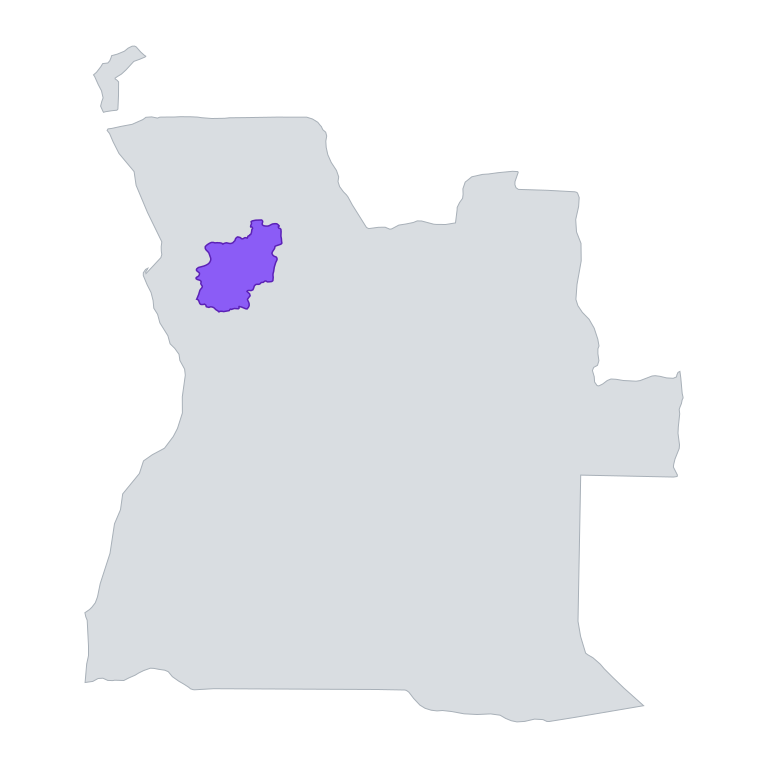 Cuanza Norte on a map of Angola (Albers equal-area conic projection)
{"feature_id": "AGO-1878", "entity_name": "Cuanza Norte", "entity_type": "Province", "adm_level": 1, "iso_a3": "AGO", "parent_name": "Angola", "parent_adm1": "", "projection": "albers", "projection_center": [14.948, -8.858], "detail": "fine", "context": "in_parent", "style": "filled", "palette": "violet", "viewbox_px": 768, "rotation_deg": 0, "n_neighbors": 0, "source": "natural_earth", "source_scale": "10m", "svg_char_len": 7392}
<svg xmlns="http://www.w3.org/2000/svg" viewBox="0 0 768 768"><path d="M679.9,371.4L680.8,378.0L681.6,387.0L682.2,393.6L682.9,396.5L683.1,398.0L682.2,399.7L681.4,403.6L680.0,407.0L679.2,409.4L679.7,413.9L678.3,426.9L678.0,433.3L679.5,444.9L679.2,448.5L675.0,459.0L673.7,464.3L673.4,467.1L677.4,475.0L677.1,476.5L673.9,477.0L671.3,477.0L580.7,475.1L578.2,609.9L578.0,621.3L580.6,636.5L585.6,653.1L587.7,654.7L593.0,657.8L600.3,664.2L604.3,668.9L612.6,677.2L623.6,687.8L643.6,705.7L575.3,717.3L549.1,721.5L546.8,721.4L543.0,719.6L534.6,719.1L524.7,721.4L516.9,721.9L511.2,720.7L505.6,718.4L500.1,715.2L490.6,713.9L477.1,714.5L464.0,713.8L451.5,711.5L442.5,710.5L437.0,710.9L431.2,710.2L425.1,708.3L419.9,705.1L413.7,698.5L408.9,692.2L407.7,691.3L406.1,690.3L404.6,690.0L377.7,689.5L213.4,688.7L194.4,689.8L192.9,689.6L190.5,688.8L188.9,687.4L183.5,683.9L178.8,681.2L172.4,676.7L168.3,671.7L164.8,670.2L158.7,669.3L154.0,668.4L150.3,668.2L143.6,670.6L138.7,673.0L135.1,675.2L128.9,677.9L123.8,680.5L114.7,680.2L112.7,680.6L107.7,680.4L102.9,678.2L98.1,678.5L92.8,681.4L85.1,682.5L86.7,663.9L88.5,655.7L88.5,645.8L87.2,620.3L85.8,616.8L84.9,612.7L89.6,609.5L92.0,607.1L95.3,602.8L97.5,596.9L100.2,583.7L110.0,553.4L114.5,523.8L120.5,509.7L122.7,493.9L139.4,473.5L143.5,460.9L152.2,454.8L164.5,448.2L173.3,436.5L177.5,428.4L182.4,413.0L182.3,396.8L185.3,375.2L184.6,369.1L179.9,360.5L179.0,354.3L174.7,348.3L170.1,343.8L167.9,335.7L159.9,322.9L157.6,314.3L153.8,308.2L153.1,300.6L151.1,292.6L147.1,284.7L143.3,275.6L143.3,272.8L145.6,269.4L147.9,268.2L147.1,269.9L145.6,272.0L146.0,273.6L160.9,257.6L161.8,254.5L161.3,251.0L161.2,246.7L161.8,241.8L147.5,212.5L136.1,185.3L134.1,171.6L119.0,153.5L113.1,141.8L109.6,133.6L107.1,130.4L108.0,128.9L111.9,128.4L120.5,126.5L132.2,124.3L143.0,119.5L145.9,117.3L151.7,116.9L157.5,118.1L159.7,117.2L160.9,117.1L174.7,117.0L180.4,116.7L191.0,116.8L197.7,117.1L201.5,117.7L211.8,118.5L224.7,118.3L229.2,117.8L246.0,117.6L277.6,117.1L294.2,117.2L306.8,117.2L312.5,119.0L317.8,122.3L320.1,125.2L321.3,126.5L322.8,129.7L325.7,132.2L326.7,136.0L325.8,141.2L326.2,147.4L327.8,154.7L331.2,162.4L336.5,170.5L338.7,176.9L338.0,181.6L339.6,186.6L343.5,191.9L346.3,194.7L347.9,196.8L352.3,204.9L366.5,227.5L368.7,228.6L371.8,228.2L378.5,227.3L385.1,227.2L389.8,229.2L391.7,228.9L398.8,225.1L405.9,224.0L413.3,222.5L417.2,220.9L421.6,221.0L433.7,224.2L435.9,224.4L445.7,224.5L455.5,222.9L457.1,209.9L457.2,207.4L459.6,202.5L462.6,198.3L463.1,194.3L462.9,188.8L465.2,182.1L471.8,176.8L482.5,174.4L488.5,174.0L498.0,172.7L512.5,171.3L517.8,171.6L518.2,172.4L515.0,181.6L514.9,184.7L516.0,187.7L518.4,189.4L547.2,190.3L574.8,191.8L576.3,192.2L577.5,193.0L579.2,197.6L578.6,206.6L575.7,219.6L576.5,231.9L581.0,243.4L581.2,260.9L577.0,284.5L575.9,299.4L577.9,305.7L582.3,312.3L589.1,319.3L594.2,328.2L597.8,339.2L599.0,346.0L597.9,348.8L597.9,353.7L598.9,360.7L597.5,365.3L593.7,367.4L592.4,370.5L594.2,376.6L594.6,382.0L597.1,385.6L598.8,385.9L602.7,384.0L607.3,380.5L611.0,379.0L616.1,379.3L623.3,380.5L636.1,381.2L640.1,380.6L652.1,376.0L655.2,375.7L659.9,376.3L666.5,377.9L673.2,378.3L676.5,376.9L676.9,374.9L678.0,372.4L679.9,371.4ZM145.8,56.2L145.1,57.0L139.6,59.3L133.8,61.4L126.1,69.8L122.2,73.4L121.1,74.3L117.6,76.4L115.1,78.1L115.2,79.0L116.9,80.1L118.6,81.9L118.5,95.6L117.9,109.1L116.9,110.2L112.0,110.7L105.6,111.7L103.5,112.3L102.8,111.0L100.6,106.1L101.8,101.4L103.1,97.9L101.5,90.8L98.2,84.5L94.6,76.4L93.5,74.9L96.5,72.3L100.9,66.6L102.7,63.6L107.8,63.0L109.7,60.9L111.1,57.6L111.6,55.7L117.4,54.1L124.4,51.2L128.2,48.1L132.1,46.2L134.6,46.1L136.2,46.9L140.8,52.1L144.6,55.5L145.8,56.2Z" fill="#d9dde1" stroke="#a8b0b8" stroke-width="1"/><path d="M261.7,220.0L262.7,221.2L262.6,222.3L262.2,223.4L262.3,224.7L263.4,225.6L265.0,226.0L266.8,226.1L268.2,226.0L269.3,225.6L271.4,224.5L272.4,224.0L274.6,223.7L275.9,223.7L276.9,223.8L277.1,224.0L278.3,224.9L279.0,225.7L279.2,225.9L279.2,226.1L278.4,226.5L278.4,227.4L278.9,228.2L279.9,228.4L280.9,229.3L281.1,231.7L281.0,233.8L280.9,236.1L281.4,238.7L281.6,241.5L281.8,242.3L281.8,243.3L280.9,244.2L275.9,245.9L275.0,246.4L274.8,247.1L274.8,247.8L274.4,248.8L272.6,251.5L271.9,253.2L272.3,254.2L273.0,255.4L274.1,256.2L276.3,257.1L276.9,258.1L277.1,259.1L276.8,260.3L275.7,262.5L274.3,267.1L273.6,271.7L273.1,273.4L273.0,274.3L273.0,275.7L273.2,277.3L272.9,280.6L272.4,281.1L272.1,281.3L271.4,281.6L269.4,281.8L267.5,281.9L267.0,281.7L266.1,281.1L265.6,281.0L264.9,281.1L264.3,281.5L263.7,282.0L263.1,282.4L262.7,282.4L261.8,282.4L261.4,282.5L261.0,282.8L260.2,283.6L259.8,284.0L258.8,284.3L256.7,284.3L255.6,284.6L254.3,286.0L253.7,288.0L252.9,289.8L251.1,290.6L248.9,290.4L248.2,290.5L247.5,290.7L247.0,291.5L249.6,293.8L250.1,295.8L248.9,297.3L247.5,299.2L247.6,300.0L248.7,302.3L249.1,303.6L249.2,305.3L248.8,306.6L248.2,307.6L247.0,309.0L246.5,308.8L245.8,308.8L245.3,308.6L241.4,307.0L239.9,306.7L239.4,306.5L239.1,306.5L238.9,307.0L239.1,308.0L238.9,308.4L238.3,308.8L234.4,308.5L232.6,309.0L232.4,309.0L231.8,309.4L231.3,309.3L230.8,309.1L230.2,309.2L229.9,309.5L229.5,310.2L229.2,310.6L228.8,310.7L223.7,311.6L223.1,311.5L222.1,311.3L220.3,311.3L220.0,311.3L219.7,311.4L219.3,311.7L219.0,311.9L218.6,311.7L217.8,310.8L217.4,310.6L216.2,309.9L215.8,309.6L214.4,308.2L213.7,307.6L212.7,307.2L211.7,306.9L210.5,306.8L208.9,307.4L208.5,307.3L208.2,307.2L206.5,306.8L206.2,306.6L206.0,305.4L205.8,305.1L205.7,305.0L204.8,304.3L204.3,304.1L203.7,304.4L202.5,304.5L201.3,304.5L200.5,304.3L199.7,303.3L198.6,300.4L197.2,299.2L196.7,299.2L198.7,294.4L199.8,290.6L200.4,289.5L202.0,287.6L202.3,286.6L202.3,286.2L201.5,285.0L200.8,283.8L200.9,282.9L201.2,281.9L200.7,280.9L199.9,280.3L197.3,279.5L196.1,278.7L196.1,277.8L196.8,277.1L197.8,276.6L198.8,275.8L199.4,274.5L199.5,273.5L199.4,273.0L199.0,272.6L197.4,271.3L196.6,270.6L196.4,269.9L196.7,268.9L198.4,267.5L204.0,266.0L206.2,265.1L207.8,264.2L208.9,263.3L209.7,262.3L210.3,261.2L210.7,260.1L210.8,259.0L210.6,257.9L208.9,253.0L207.7,251.5L206.4,250.3L205.6,249.2L205.3,248.4L205.2,248.0L205.3,246.5L207.2,244.7L209.4,243.3L211.0,242.6L211.7,242.4L213.0,242.4L213.6,242.5L214.7,242.8L214.9,242.9L217.1,242.7L217.5,242.7L218.1,242.8L219.4,242.8L219.7,242.8L221.7,243.2L221.9,243.3L222.1,243.4L222.2,243.5L222.4,243.9L222.7,244.1L222.9,244.1L223.1,244.0L223.6,243.6L225.0,243.1L226.4,242.8L227.0,242.9L228.2,243.2L229.8,243.5L230.4,243.5L231.2,243.4L232.5,242.9L232.8,242.8L233.1,242.5L233.2,242.4L234.0,241.5L234.7,240.9L235.0,240.4L235.5,238.8L235.8,238.4L236.2,237.9L236.9,237.3L237.3,237.1L237.7,236.9L238.0,236.9L238.2,237.0L238.7,237.2L239.0,237.3L239.3,237.3L239.6,237.3L240.1,237.5L240.6,237.8L240.8,237.9L240.9,238.1L241.1,238.3L241.2,238.5L241.5,238.6L241.8,238.8L242.3,238.8L242.7,238.8L243.1,238.7L244.2,238.0L244.6,237.8L245.0,237.7L246.0,237.7L246.2,237.8L246.8,238.0L247.2,238.1L247.4,237.9L247.5,237.7L247.7,236.9L247.8,236.6L248.0,236.3L248.3,235.9L248.6,235.8L249.0,235.8L249.3,235.7L249.5,235.6L249.5,235.2L249.9,234.7L250.0,234.6L250.4,234.6L250.6,234.5L250.8,234.3L251.0,233.6L251.1,233.4L251.3,232.9L251.5,232.3L251.7,230.6L251.9,229.4L252.3,229.0L252.5,228.6L252.6,228.3L252.5,227.9L252.1,227.3L251.9,227.0L251.6,226.8L251.4,226.8L250.9,227.0L250.7,227.0L250.6,226.7L250.6,226.2L250.9,225.1L251.3,224.2L251.5,223.3L251.1,221.7L252.2,220.9L255.5,220.2L260.8,220.0L261.7,220.0Z" fill="#8b5cf6" stroke="#5b21b6" stroke-width="1.5"/></svg>